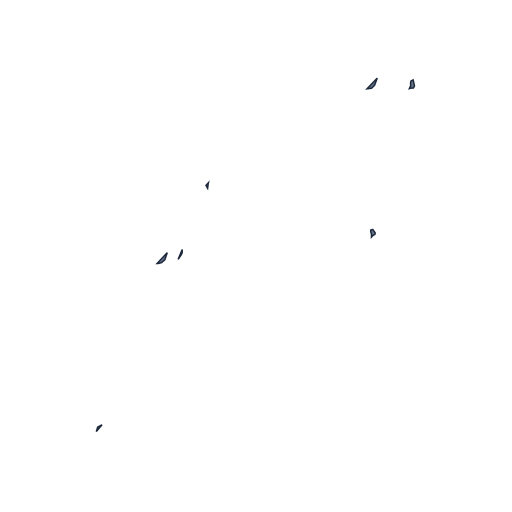 map outline of Meemu (Equal Earth projection), rotated 192°
{"feature_id": "MDV-5236", "entity_name": "Meemu", "entity_type": "Atoll", "adm_level": 1, "iso_a3": "MDV", "parent_name": "Maldives", "parent_adm1": "", "projection": "equal_earth", "projection_center": [73.465, 2.939], "detail": "fine", "context": "isolated", "style": "filled", "palette": "slate", "viewbox_px": 512, "rotation_deg": 192, "n_neighbors": 0, "source": "natural_earth", "source_scale": "10m", "svg_char_len": 749}
<svg xmlns="http://www.w3.org/2000/svg" viewBox="0 0 512 512"><g transform="rotate(192 256 256)"><path d="M351.2,228.1L343.5,240.8L344.4,233.3L347.0,229.9L349.6,228.5L351.2,228.1ZM182.2,442.6L174.4,455.2L175.5,447.7L177.8,444.2L180.6,443.1L182.2,442.6ZM140.8,451.6L140.1,454.8L140.8,457.3L140.8,459.4L139.0,460.8L138.9,460.9L136.3,455.2L137.0,453.0L139.1,452.5L140.8,451.6ZM147.0,298.5L147.6,301.4L148.8,303.5L149.2,305.2L147.5,306.2L147.3,306.2L144.2,303.4L144.2,301.8L145.9,300.4L147.0,298.5ZM375.7,51.1L375.3,55.7L371.5,58.9L375.7,51.1ZM331.5,236.5L329.5,247.0L328.9,244.1L329.3,241.8L331.5,236.5ZM317.4,312.1L317.5,312.2L318.8,313.8L319.6,314.7L317.8,317.7L317.8,316.9L317.4,312.1Z" fill="#64748b" stroke="#1e293b" stroke-width="1.5"/></g></svg>